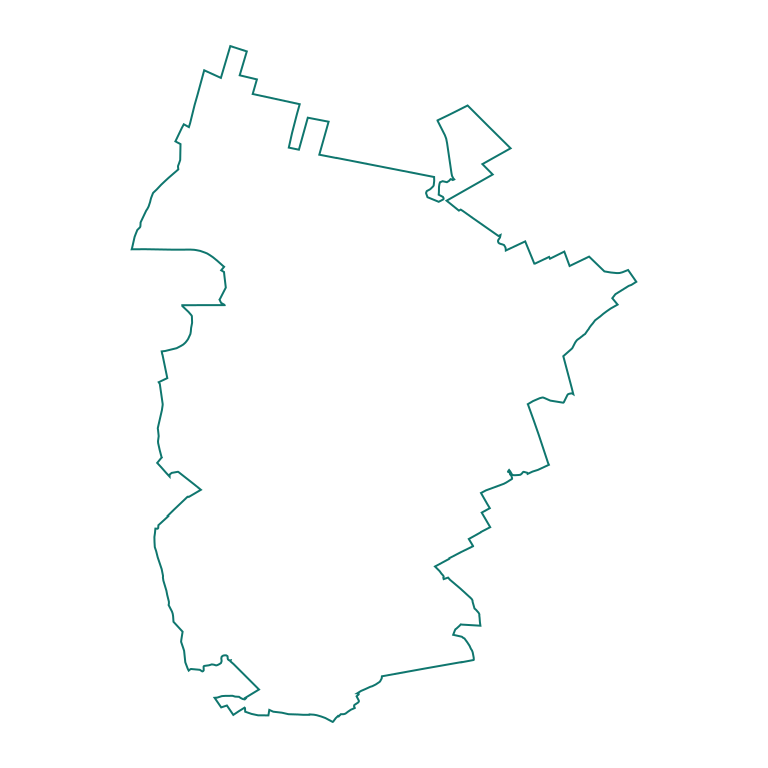 outline of Moftin, Satu Mare, Romania
{"feature_id": "2599482B73580136773052", "entity_name": "Moftin", "entity_type": "district", "adm_level": 2, "iso_a3": "ROU", "parent_name": "Romania", "parent_adm1": "Satu Mare", "projection": "equal_earth", "projection_center": [22.624, 47.677], "detail": "fine", "context": "isolated", "style": "outline", "palette": "teal", "viewbox_px": 768, "rotation_deg": 0, "n_neighbors": 0, "source": "geoboundaries", "source_scale": "gbopen_adm2", "svg_char_len": 6095}
<svg xmlns="http://www.w3.org/2000/svg" viewBox="0 0 768 768"><path d="M355.5,707.7L355.0,707.7L354.6,707.4L354.3,707.0L354.1,706.6L354.1,705.9L354.2,705.3L354.5,704.9L358.0,702.6L358.7,701.8L358.9,701.3L358.8,700.6L356.6,696.3L358.7,694.4L358.7,694.0L358.5,693.4L357.3,693.3L361.1,690.9L365.3,689.1L370.3,686.8L372.3,686.2L375.7,684.5L379.6,681.9L380.2,681.2L381.7,678.4L381.9,676.3L425.0,668.5L461.4,662.1L461.4,662.3L473.6,660.0L473.8,659.6L473.7,657.6L472.7,652.4L472.0,650.5L470.9,648.8L469.5,645.7L467.2,642.2L464.4,638.4L463.2,637.9L462.4,637.1L461.7,636.7L453.2,634.8L454.9,630.3L455.5,629.2L456.3,628.7L459.6,625.7L460.8,624.4L461.9,624.6L480.4,625.7L479.9,622.1L479.6,617.9L479.3,615.5L479.4,614.9L479.3,614.2L479.0,613.5L478.4,612.5L477.4,611.4L476.0,609.8L474.5,608.5L472.6,601.8L472.5,600.5L471.9,599.3L470.8,598.1L460.4,588.6L450.0,579.8L448.1,577.6L443.7,579.1L443.3,577.7L443.7,576.8L443.3,575.7L441.4,573.6L439.7,571.2L437.0,568.5L435.0,566.5L449.3,558.8L449.3,558.2L461.4,551.9L472.9,546.3L472.6,545.7L472.8,545.6L468.8,539.0L480.8,532.3L480.9,532.0L490.2,527.2L481.7,512.6L489.8,508.2L487.2,503.9L481.0,493.0L485.9,490.4L503.8,483.8L506.3,482.5L512.0,478.9L512.1,478.2L511.9,477.5L511.3,475.6L510.2,474.5L510.0,474.1L509.9,473.0L509.8,472.7L509.4,472.4L508.1,471.9L508.0,471.7L508.6,470.6L509.1,470.0L510.2,471.4L511.9,474.4L512.5,474.9L513.7,475.2L515.2,475.2L518.8,475.0L520.5,474.7L522.0,473.4L522.9,472.2L523.4,471.9L524.0,471.9L527.3,472.8L527.6,473.9L532.5,471.6L537.9,469.9L548.9,464.8L548.1,463.1L538.7,434.7L533.9,420.9L528.1,404.8L527.8,404.2L533.0,401.1L539.7,398.2L542.4,397.5L543.0,397.5L544.4,398.0L550.3,400.6L563.2,402.7L563.7,402.4L563.9,402.1L567.4,395.0L568.1,394.2L569.5,393.7L571.3,393.4L572.0,393.4L573.3,394.2L571.7,387.8L563.3,356.2L571.7,348.8L572.4,348.0L575.3,342.3L575.8,341.7L576.3,340.9L577.3,339.8L579.7,338.1L581.7,336.5L582.6,335.9L583.0,335.4L585.1,334.0L587.8,330.1L588.7,329.0L589.4,327.7L591.0,325.5L592.8,323.4L595.1,320.3L600.5,316.2L603.3,313.8L606.8,311.2L610.7,308.5L617.6,304.6L612.3,298.2L615.4,294.2L628.7,285.9L631.4,284.9L636.3,281.8L628.1,270.0L622.3,272.3L619.6,273.0L617.0,273.1L610.9,272.5L604.4,271.4L589.1,256.6L569.6,266.0L564.3,251.6L550.0,258.7L549.1,256.9L535.0,263.6L534.3,263.6L525.2,241.4L505.8,250.5L505.7,249.0L505.5,247.6L504.1,245.1L502.7,244.5L500.6,243.9L499.3,243.4L498.5,242.7L498.1,241.7L498.0,240.9L498.4,239.8L500.0,237.5L500.5,235.0L498.5,236.0L473.0,218.2L462.9,211.0L460.7,209.6L458.9,210.6L446.6,200.7L492.7,174.5L482.4,164.1L510.6,148.3L489.1,127.0L467.6,105.5L448.3,115.2L437.5,120.4L437.5,120.6L444.9,135.2L446.2,138.7L447.1,143.3L451.5,173.3L452.0,175.8L452.5,176.8L453.2,178.2L454.2,179.4L452.8,180.0L452.3,179.6L451.4,179.5L450.9,179.1L450.6,179.1L449.0,180.9L446.9,182.2L442.6,181.2L440.0,182.3L439.8,182.9L439.4,184.2L439.0,186.9L438.9,192.3L438.7,194.7L442.9,196.9L443.5,198.0L443.6,198.6L443.6,198.9L443.1,199.5L438.7,201.8L427.5,197.2L426.1,193.3L426.1,192.8L426.7,191.2L427.1,190.9L429.9,189.4L431.0,188.5L433.1,186.4L433.5,185.8L433.7,185.3L434.2,180.9L434.1,177.0L336.4,157.9L336.3,158.0L319.3,154.7L328.6,121.7L307.8,117.7L298.9,149.7L288.8,147.6L292.0,133.2L296.8,114.6L299.7,104.2L252.7,94.0L256.9,79.4L239.7,75.3L246.8,51.4L230.3,46.1L220.9,77.9L204.2,70.3L197.6,94.5L194.6,105.0L190.1,123.2L188.9,127.1L183.8,124.3L181.8,128.0L175.4,141.4L180.5,144.1L180.2,160.0L179.0,163.5L178.1,165.8L178.0,166.7L178.3,169.4L168.6,177.8L164.7,181.4L161.1,184.8L156.7,189.5L153.2,192.8L152.8,193.6L151.1,198.0L150.6,199.8L150.1,202.0L148.6,206.5L147.3,209.0L146.2,210.6L140.6,222.4L140.4,226.1L140.2,226.9L139.8,227.5L137.3,230.0L135.9,233.5L134.6,236.9L132.2,247.5L131.7,249.3L144.7,249.2L174.6,249.7L190.4,249.6L194.2,249.8L196.7,250.2L200.2,250.9L205.0,252.6L207.2,253.5L209.8,255.1L212.9,257.2L217.3,260.8L222.9,265.8L224.1,266.8L221.2,270.3L224.0,272.0L224.4,275.8L225.8,287.6L219.9,299.1L219.5,299.6L221.1,302.9L224.4,304.8L224.5,305.1L182.3,305.2L182.3,306.0L188.5,311.9L191.2,315.0L191.8,315.9L191.9,316.7L192.1,322.8L191.1,328.0L190.8,331.6L190.4,334.0L188.1,339.0L187.0,340.6L185.4,342.6L183.3,344.5L181.0,345.9L176.6,348.2L165.1,351.0L161.7,351.4L162.2,354.1L162.5,354.8L167.3,378.1L158.7,382.2L159.8,383.9L162.7,404.2L162.6,405.5L161.9,410.2L157.8,428.1L157.8,428.7L158.0,429.7L158.7,436.1L158.0,441.3L158.1,442.0L158.1,442.9L159.7,450.1L161.5,456.9L161.8,457.5L161.3,457.9L157.2,462.9L161.7,467.8L166.0,472.7L169.6,476.6L169.6,474.6L171.7,472.9L177.9,471.8L178.3,471.9L194.1,484.3L200.9,489.8L189.0,496.8L188.5,496.7L188.0,497.0L187.5,496.8L173.6,510.0L167.7,515.8L168.2,516.3L158.4,525.2L158.2,528.0L157.6,528.7L155.4,528.6L154.9,533.5L154.4,537.0L154.5,541.8L154.8,547.1L156.2,551.3L157.7,557.3L161.7,569.2L163.0,575.8L163.0,576.6L162.9,577.4L163.4,580.7L166.4,590.7L167.2,594.9L168.9,601.7L168.9,602.6L168.9,603.9L168.6,605.0L172.0,611.6L172.7,613.7L173.1,616.2L173.5,621.8L182.6,631.7L181.3,639.8L181.1,641.8L183.5,648.9L184.1,650.8L185.3,662.3L187.8,668.9L188.7,670.6L190.4,669.2L191.0,669.0L199.8,669.8L201.9,671.2L202.3,671.4L202.7,671.3L203.1,671.1L203.5,670.6L203.7,670.2L203.6,666.7L203.7,666.4L204.1,666.0L204.5,665.9L208.9,665.3L211.8,664.4L213.9,664.7L215.8,665.3L216.7,665.3L217.8,664.9L219.4,664.1L220.9,663.1L221.5,661.6L221.6,660.8L221.3,658.3L221.7,656.7L222.4,656.1L223.2,655.6L224.1,655.4L225.5,655.3L226.3,655.4L227.4,656.1L227.6,656.7L227.7,658.5L228.0,659.4L228.9,660.2L230.2,660.4L230.7,660.3L230.4,661.3L233.6,664.1L259.0,689.5L245.2,697.9L245.8,698.4L244.7,699.4L242.7,699.0L240.7,698.0L239.0,696.8L235.1,696.6L232.5,695.8L225.0,695.9L221.9,696.1L217.2,697.6L214.6,697.8L221.2,707.4L226.9,705.5L233.3,714.9L239.0,711.1L245.3,707.2L245.0,707.5L245.0,708.1L245.2,711.7L251.5,713.9L258.0,715.3L268.4,715.4L269.3,709.9L272.8,711.5L273.3,711.7L281.9,712.7L288.5,714.2L298.0,714.5L303.1,714.8L309.4,714.8L309.5,714.4L313.9,714.7L316.7,715.2L321.2,716.5L325.3,718.0L332.6,721.9L333.1,721.7L335.7,718.2L338.1,715.9L338.7,716.4L340.8,714.2L343.0,714.2L344.0,714.1L345.5,713.6L348.1,711.6L350.9,709.7L355.5,707.7Z" fill="none" stroke="#0f766e" stroke-width="2"/></svg>